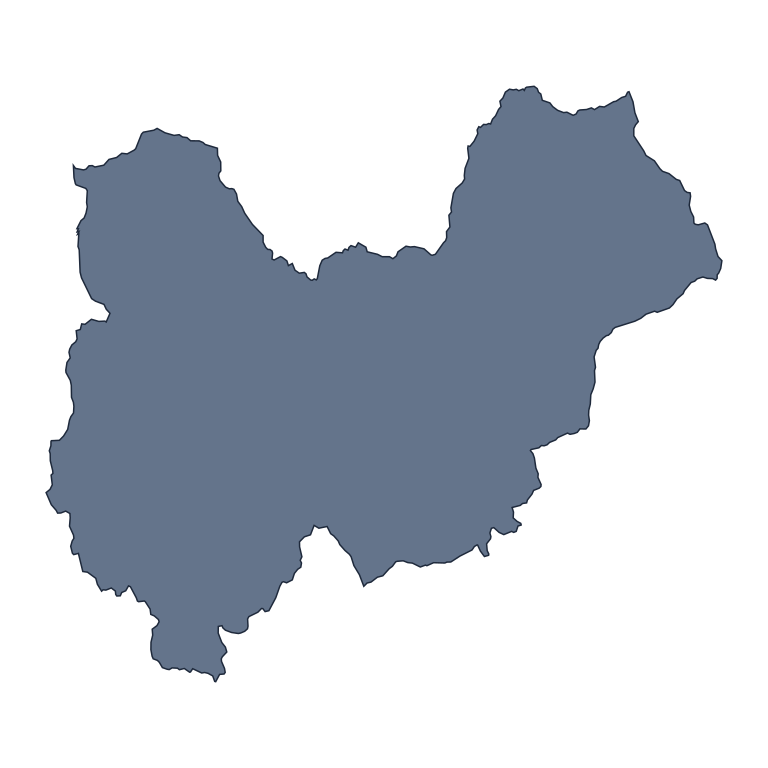 Cajabamba, Cajamarca, Peru (Equal Earth projection)
{"feature_id": "86281439B2923505587581", "entity_name": "Cajabamba", "entity_type": "district", "adm_level": 2, "iso_a3": "PER", "parent_name": "Peru", "parent_adm1": "Cajamarca", "projection": "equal_earth", "projection_center": [-78.074, -7.554], "detail": "fine", "context": "isolated", "style": "filled", "palette": "slate", "viewbox_px": 768, "rotation_deg": 0, "n_neighbors": 0, "source": "geoboundaries", "source_scale": "gbopen_adm2", "svg_char_len": 6015}
<svg xmlns="http://www.w3.org/2000/svg" viewBox="0 0 768 768"><path d="M629.0,91.7L627.6,92.2L625.6,96.3L621.7,97.5L616.1,101.2L613.6,101.7L604.3,107.0L599.6,106.4L594.5,109.6L591.4,107.9L586.6,109.5L579.7,110.0L577.9,110.9L576.1,114.0L573.1,115.3L566.9,112.2L563.6,112.6L557.6,110.3L552.7,106.6L549.9,102.9L542.3,100.3L540.8,94.0L538.6,92.3L537.2,88.6L534.1,86.3L526.6,87.2L525.4,88.0L524.3,90.4L523.0,89.0L518.8,90.7L516.3,89.3L513.3,89.9L509.5,89.2L505.4,92.1L502.9,98.0L499.9,101.2L501.0,106.6L498.6,109.4L495.6,115.8L492.5,119.2L490.6,124.0L488.8,123.5L486.3,124.6L483.6,124.4L480.5,127.4L478.8,126.7L477.1,130.0L477.8,133.7L474.1,141.2L469.9,146.4L468.1,146.0L467.7,148.3L468.9,158.3L465.1,168.3L464.3,175.4L464.6,179.0L462.2,183.0L456.0,188.5L453.4,193.4L450.9,207.8L451.5,212.0L448.9,215.2L449.9,227.0L446.5,231.6L446.7,237.6L445.6,240.7L443.5,242.8L435.4,254.3L432.1,255.3L430.8,254.8L424.0,248.8L414.4,246.6L410.3,247.0L406.0,246.2L398.0,251.8L396.4,255.9L392.9,258.7L389.5,256.7L382.2,256.7L377.5,254.3L367.2,251.8L365.9,247.2L358.3,242.8L355.6,247.2L351.0,245.6L349.0,247.4L348.0,250.2L345.0,249.0L343.3,250.6L342.5,252.8L336.0,252.3L327.7,258.0L325.1,258.4L322.2,260.2L319.8,265.7L317.3,278.6L316.3,279.9L314.2,278.9L312.2,280.3L310.6,280.0L307.0,276.9L306.0,273.8L304.3,272.4L299.3,273.2L295.0,270.2L292.3,263.5L288.4,265.6L286.9,260.9L282.3,257.4L280.5,256.6L274.1,260.0L272.0,259.0L272.6,253.1L272.0,251.0L270.0,249.5L267.7,249.4L265.7,247.3L263.1,242.1L263.1,235.5L252.4,224.4L244.7,213.2L241.7,206.6L237.8,201.3L236.5,194.0L233.9,189.3L231.8,188.6L229.3,188.8L225.5,187.1L220.0,180.6L218.5,176.0L218.9,173.3L220.8,170.9L220.7,162.0L217.6,155.4L217.4,148.2L205.2,144.5L203.0,142.5L199.2,140.9L190.6,140.8L187.0,137.6L182.5,137.0L179.2,134.7L174.1,135.4L165.0,132.8L157.1,128.4L153.9,130.2L143.3,132.2L141.5,134.1L135.7,148.7L134.2,150.1L127.2,153.9L121.8,153.3L116.6,157.5L109.0,159.4L103.8,165.2L94.9,167.0L92.3,165.6L89.0,165.8L86.0,169.2L83.5,169.9L75.5,168.4L73.4,165.5L74.0,177.7L75.4,183.7L76.2,184.9L85.8,188.4L87.3,190.7L86.6,202.5L87.3,206.8L86.0,213.2L84.1,218.0L81.0,220.6L76.9,228.7L78.4,228.8L77.1,231.9L79.0,231.4L77.6,234.3L78.8,233.7L78.0,246.5L79.2,249.8L80.1,272.2L81.5,277.8L91.6,298.6L95.5,301.2L104.0,304.4L106.3,309.3L110.0,313.3L106.2,322.0L104.9,321.1L98.8,321.4L91.4,319.3L85.1,324.3L81.7,323.9L80.3,329.5L76.2,330.7L77.1,338.9L75.7,341.8L71.9,344.9L69.7,349.1L69.0,352.3L70.2,357.9L67.0,362.4L65.8,370.1L66.0,372.5L70.3,380.4L71.3,385.3L71.5,397.3L73.4,402.3L73.9,406.3L73.5,413.0L70.9,416.6L69.5,420.1L67.7,429.4L63.6,436.0L59.4,440.3L51.4,440.7L51.0,441.4L50.9,445.8L49.3,450.8L50.2,453.6L50.3,460.8L52.7,470.7L52.9,473.4L51.1,475.1L52.3,484.8L50.0,489.4L46.1,492.6L51.3,504.7L56.2,510.4L57.6,513.1L60.8,513.0L65.7,511.1L69.9,513.5L70.2,517.8L69.5,526.2L73.5,535.1L73.9,538.3L72.2,541.0L70.7,546.3L72.4,553.2L73.7,554.6L78.4,553.4L82.8,571.5L87.5,572.2L95.8,578.3L97.4,584.3L101.6,591.2L103.1,589.8L105.9,590.1L111.3,588.0L115.4,591.1L115.7,594.4L116.8,596.0L120.3,595.8L121.7,592.5L125.7,590.8L128.5,585.9L130.4,586.7L136.3,597.8L137.4,601.0L138.6,601.7L144.3,601.0L145.3,601.7L150.1,609.1L150.8,614.4L154.3,615.9L158.4,619.5L159.1,621.8L157.0,625.6L152.2,629.2L152.7,635.1L151.0,642.3L150.9,649.7L152.1,656.2L153.2,658.8L157.4,660.4L159.3,662.3L162.4,667.6L167.0,669.2L169.2,669.6L172.1,667.9L177.5,668.2L179.4,669.7L184.3,668.5L189.6,672.2L190.5,672.0L192.7,668.7L201.7,673.0L204.6,672.5L208.0,673.3L212.7,675.9L214.7,681.4L215.7,681.7L219.6,674.4L224.1,674.0L225.2,672.4L224.5,668.4L221.5,661.4L221.3,658.8L222.3,656.8L226.8,652.0L225.4,647.1L221.8,642.5L218.2,633.1L218.3,626.4L222.0,625.7L222.9,627.9L225.4,630.2L231.6,632.5L238.4,633.5L240.7,633.0L244.7,631.3L247.5,628.8L248.0,626.2L247.6,618.9L248.9,616.6L257.9,612.2L261.5,608.5L262.8,608.6L265.1,611.6L268.9,610.7L275.8,597.7L279.8,586.3L282.0,582.3L283.5,581.7L286.6,582.8L292.3,579.9L294.4,573.4L297.7,569.3L300.8,567.2L301.5,563.0L300.2,560.3L301.9,556.8L299.6,546.9L299.5,541.8L304.4,536.8L310.5,534.8L314.1,525.4L318.9,528.2L327.1,526.5L330.7,533.7L333.8,535.9L338.2,540.9L339.8,544.6L345.0,550.5L349.4,554.3L351.1,556.7L353.9,565.6L359.4,574.7L363.8,586.3L367.1,583.0L371.0,582.1L377.4,577.2L382.8,575.8L389.2,568.7L392.4,566.3L395.7,561.8L397.2,561.3L403.2,560.8L407.8,562.6L412.4,563.1L420.3,567.0L425.5,565.1L426.9,565.7L433.6,562.7L444.9,563.0L446.9,562.1L450.8,562.0L459.9,556.1L472.0,550.0L474.4,546.5L476.9,545.0L477.6,545.0L480.4,551.1L484.4,556.5L488.6,555.3L488.8,554.0L487.2,550.7L486.6,543.8L490.5,538.8L490.9,536.6L489.9,533.0L491.4,528.3L493.8,527.6L499.1,532.4L503.8,534.6L511.6,531.4L513.7,532.4L516.2,531.4L518.0,526.0L521.1,525.1L521.1,524.3L520.7,523.3L517.1,521.4L513.2,517.9L513.5,512.1L512.1,507.5L520.3,505.4L522.5,503.5L526.6,502.9L527.4,500.0L532.0,494.1L533.6,490.4L539.1,488.2L540.9,486.5L541.1,484.5L537.9,477.3L538.2,473.8L535.9,468.1L534.4,458.0L532.9,453.6L530.4,450.6L531.1,449.5L538.9,447.8L541.4,445.5L544.1,445.8L547.1,444.8L549.6,442.4L555.7,439.9L557.7,437.6L567.5,433.1L570.0,434.3L574.2,433.5L577.3,432.3L579.9,428.9L585.9,429.0L588.5,425.8L589.4,420.7L588.6,415.1L588.8,410.3L590.3,404.0L590.8,394.7L593.2,388.8L595.0,382.1L594.5,370.6L595.5,367.3L594.1,356.9L596.2,350.3L598.0,348.3L598.7,344.5L600.2,341.4L603.2,338.0L606.5,335.6L608.4,335.2L611.3,332.6L612.9,329.2L615.2,327.4L634.9,321.2L640.8,318.3L646.0,314.2L654.6,311.2L657.2,312.3L669.4,308.0L673.0,304.6L676.9,298.9L683.1,293.7L684.5,290.5L691.1,282.5L694.7,281.2L697.2,278.8L702.9,277.0L707.4,278.4L712.7,278.6L715.6,280.1L717.1,278.4L717.2,274.8L718.6,273.2L720.7,268.5L721.9,260.7L718.0,256.5L715.6,248.8L714.9,244.2L707.5,224.9L704.8,223.0L698.3,224.8L695.3,224.3L693.9,223.0L693.6,217.0L690.8,211.4L689.2,205.1L690.6,196.3L690.1,192.8L687.1,192.4L684.5,190.5L679.7,180.5L676.3,179.4L669.0,173.6L662.5,171.3L659.9,168.7L654.4,160.8L646.0,155.5L643.7,150.8L633.8,135.8L633.8,128.5L635.6,124.8L638.3,121.6L634.9,112.7L633.0,101.8L629.0,91.7Z" fill="#64748b" stroke="#1e293b" stroke-width="1.5"/></svg>